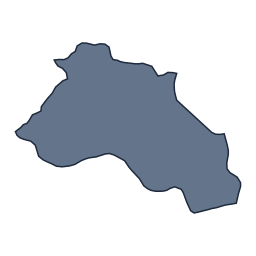 the district of Barra Bonita, São Paulo, Brazil
{"feature_id": "56859067B6944721508308", "entity_name": "Barra Bonita", "entity_type": "district", "adm_level": 2, "iso_a3": "BRA", "parent_name": "Brazil", "parent_adm1": "São Paulo", "projection": "mercator", "projection_center": [-48.547, -22.479], "detail": "fine", "context": "isolated", "style": "filled", "palette": "slate", "viewbox_px": 256, "rotation_deg": 0, "n_neighbors": 0, "source": "geoboundaries", "source_scale": "gbopen_adm2", "svg_char_len": 1436}
<svg xmlns="http://www.w3.org/2000/svg" viewBox="0 0 256 256"><path d="M167.9,72.4L163.5,75.0L157.9,75.9L151.8,66.3L142.7,63.3L138.5,63.8L135.1,63.8L131.2,63.3L124.1,62.5L120.3,61.6L117.2,60.2L113.1,59.6L111.0,56.2L109.0,47.1L104.9,44.1L100.0,43.8L94.6,45.1L86.4,43.1L82.0,43.0L77.2,45.9L75.2,51.5L71.4,53.8L68.1,57.8L64.1,59.6L59.0,59.5L54.2,60.0L56.0,63.3L58.0,66.1L62.4,68.3L66.3,72.6L67.5,78.9L63.0,80.7L55.7,87.0L52.3,93.1L48.2,97.7L45.1,101.6L41.4,106.6L40.9,111.1L37.1,112.9L32.5,114.8L29.1,120.5L27.0,123.3L23.3,124.7L20.8,127.5L15.4,131.6L17.1,135.4L19.9,137.8L23.7,139.3L30.7,141.1L35.3,145.2L38.7,156.3L43.2,159.9L47.8,162.1L51.7,163.8L56.4,166.2L62.1,166.8L69.2,166.0L74.9,164.4L81.0,160.8L85.0,159.1L89.2,157.8L96.2,156.9L105.1,154.0L109.3,153.5L113.9,154.9L119.5,157.9L124.5,160.6L126.6,163.6L129.0,167.2L131.7,170.4L135.9,174.9L139.4,178.6L143.8,185.8L147.3,188.5L150.8,190.3L155.3,191.2L159.1,191.3L163.3,191.1L166.8,190.3L169.9,188.5L174.7,186.8L181.2,189.3L183.2,192.5L186.8,202.3L190.7,210.8L194.1,213.0L197.8,212.2L208.2,209.6L211.5,208.6L216.4,207.7L225.0,205.1L232.6,203.9L236.3,203.2L238.5,193.5L240.6,186.3L240.5,182.6L237.2,177.2L234.1,175.2L230.0,172.7L227.0,168.8L226.8,162.6L228.3,154.4L228.3,150.4L227.3,145.4L224.2,133.8L220.1,134.4L215.5,134.2L211.7,132.4L176.7,100.2L175.7,96.5L174.5,91.4L174.1,84.4L174.7,80.3L176.7,73.4L172.5,72.6L167.9,72.4Z" fill="#64748b" stroke="#1e293b" stroke-width="1.5"/></svg>